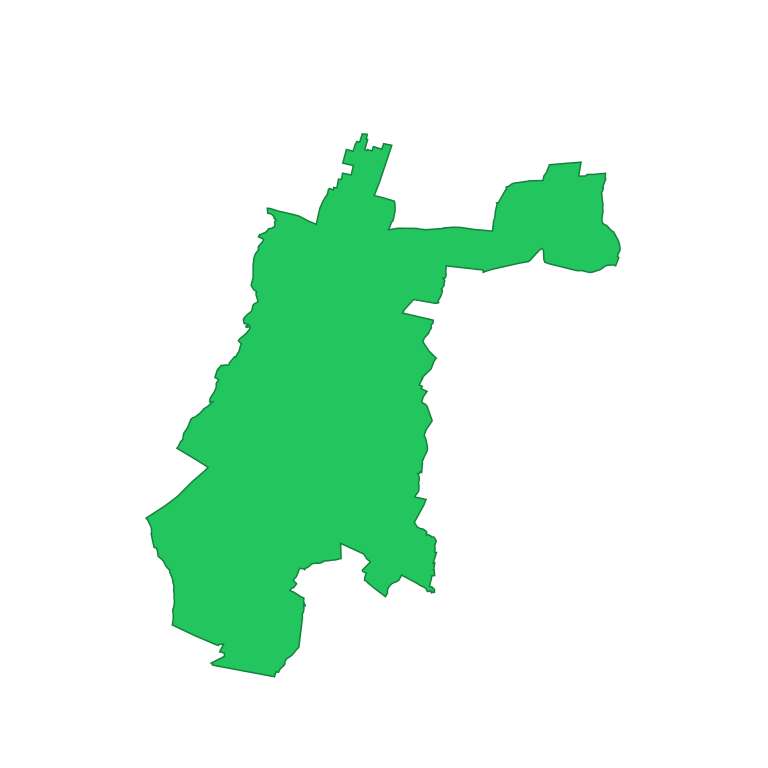 outline of Botosani, Botosani, Romania, rotated 72°
{"feature_id": "2599482B38392608659449", "entity_name": "Botosani", "entity_type": "district", "adm_level": 2, "iso_a3": "ROU", "parent_name": "Romania", "parent_adm1": "Botosani", "projection": "mercator", "projection_center": [26.676, 47.753], "detail": "fine", "context": "isolated", "style": "filled", "palette": "green", "viewbox_px": 768, "rotation_deg": 72, "n_neighbors": 0, "source": "geoboundaries", "source_scale": "gbopen_adm2", "svg_char_len": 6170}
<svg xmlns="http://www.w3.org/2000/svg" viewBox="0 0 768 768"><g transform="rotate(72 384 384)"><path d="M628.6,578.6L624.4,575.8L625.6,573.5L623.1,571.0L620.3,565.3L617.6,564.0L615.4,561.8L613.7,555.9L612.1,552.9L610.4,550.7L608.1,546.4L581.0,533.7L577.9,533.1L575.8,530.9L572.1,529.2L569.1,528.7L570.7,527.5L570.6,527.3L566.4,527.8L562.8,526.3L561.2,528.3L553.9,534.3L551.4,537.3L550.3,536.1L549.7,534.8L549.7,533.0L547.1,528.9L546.6,528.9L543.1,531.0L541.1,529.0L540.9,527.8L540.4,527.2L535.7,523.1L534.7,522.7L533.3,520.4L534.4,519.0L534.9,517.5L536.1,516.7L535.0,515.4L534.5,512.0L533.3,509.4L532.7,507.4L533.6,503.1L533.9,503.0L534.6,500.0L534.4,497.1L533.8,495.9L535.1,490.6L535.3,488.4L536.3,484.7L536.7,478.7L522.2,474.5L539.3,455.9L545.5,454.2L549.0,451.8L554.2,461.9L555.1,462.4L555.7,462.2L558.4,459.3L560.7,461.2L564.5,463.2L566.7,461.3L568.0,460.9L575.7,456.0L586.7,448.3L584.0,445.4L580.4,444.1L577.8,441.2L576.2,438.0L575.9,433.3L575.3,430.6L571.2,426.3L583.9,414.1L586.8,411.8L590.9,407.5L594.6,406.8L595.0,406.3L595.2,405.2L594.9,404.3L595.8,402.9L596.8,403.6L597.4,403.2L597.1,402.3L597.7,400.9L597.4,400.1L596.5,400.2L595.4,399.5L593.6,400.0L593.2,401.0L592.1,400.9L590.3,403.3L582.7,398.4L581.4,398.2L581.3,397.4L581.9,395.0L575.9,393.7L575.8,394.2L569.8,390.9L569.5,391.2L569.6,392.6L560.4,386.1L559.8,387.7L559.0,387.8L557.5,386.7L553.1,385.5L550.0,383.2L548.9,382.8L545.1,383.8L544.7,384.5L544.5,385.6L543.1,386.3L540.6,388.9L540.8,389.8L540.5,390.6L538.2,389.2L536.6,389.6L534.0,391.7L532.6,394.3L530.1,396.6L525.0,397.9L511.1,383.2L506.8,379.7L501.0,389.6L499.7,388.4L497.1,384.7L495.7,383.6L490.6,381.9L488.5,381.6L486.4,380.2L484.1,379.5L481.7,379.2L479.7,379.7L479.8,377.2L478.8,377.0L478.4,376.4L479.6,375.4L472.3,372.5L472.1,372.1L469.9,371.7L468.5,370.7L467.7,369.7L466.9,369.4L461.5,364.1L459.0,362.6L455.4,361.9L448.9,361.2L445.9,361.7L444.6,361.2L440.5,358.0L434.1,349.8L433.5,349.5L418.8,349.9L416.4,350.7L413.7,353.2L413.1,353.5L412.1,353.3L408.4,350.7L404.3,345.3L400.0,350.1L398.0,348.3L395.9,350.7L393.2,348.3L390.5,345.4L389.9,346.0L384.0,334.3L377.8,329.5L375.6,326.3L366.6,331.0L355.8,334.0L353.2,331.9L352.2,330.7L349.7,326.0L346.9,323.8L346.1,322.3L344.7,321.4L342.6,321.2L341.5,319.0L340.3,318.1L338.5,317.5L322.2,344.4L320.8,342.9L320.5,343.1L312.8,329.7L323.3,309.9L323.6,307.6L323.5,306.8L322.7,307.0L321.5,306.5L317.9,302.7L313.6,299.6L312.4,299.8L312.0,300.2L311.3,300.1L311.3,299.5L310.8,298.8L309.6,297.7L309.0,296.5L306.3,295.5L305.3,294.6L303.7,294.3L301.6,295.2L301.5,294.4L302.0,293.3L301.6,292.4L299.1,291.1L296.0,290.4L290.9,288.4L302.6,262.4L303.2,261.5L305.8,255.1L306.3,254.7L308.5,255.2L308.2,252.2L308.5,243.6L310.9,218.1L312.2,208.7L311.4,206.6L305.0,195.4L303.9,191.9L305.8,191.0L315.0,193.5L317.9,193.4L320.7,189.8L335.7,165.7L337.6,160.1L340.3,156.0L341.7,153.2L342.1,150.3L342.0,143.1L341.6,141.2L340.3,137.6L340.1,135.4L341.6,129.0L343.2,127.2L336.3,121.6L334.9,122.5L332.4,121.0L330.3,118.6L327.9,117.5L323.1,116.8L319.4,117.0L310.3,118.6L309.9,119.2L307.2,120.9L302.1,123.2L299.2,126.2L295.4,126.2L287.2,122.3L284.1,121.6L281.0,120.3L273.4,118.9L272.4,118.4L269.2,118.1L267.8,116.3L265.3,114.8L264.5,115.3L257.5,109.7L256.7,110.1L252.1,108.2L249.3,120.4L247.5,125.9L248.5,128.2L246.4,134.6L233.9,128.0L226.6,158.9L232.7,163.8L235.6,167.7L239.6,169.9L235.9,182.4L233.1,199.0L233.2,200.6L233.6,201.2L234.5,204.4L234.4,206.9L236.6,207.5L237.5,209.0L246.9,219.2L246.5,220.9L247.8,220.8L253.8,224.5L259.6,227.0L263.3,229.7L265.8,230.6L267.5,231.7L268.8,231.9L272.1,233.7L267.1,245.1L265.9,248.4L258.7,262.9L256.4,269.3L254.1,278.7L254.0,279.1L254.4,279.4L250.2,296.5L247.4,302.8L246.2,304.6L240.1,322.9L238.7,332.2L235.6,329.2L232.6,327.2L231.8,325.4L231.4,325.4L230.8,324.5L222.8,320.0L217.2,318.2L213.4,317.6L207.5,325.9L201.8,335.0L190.9,326.1L159.4,302.8L155.3,310.1L160.1,313.5L154.9,320.7L158.7,323.3L156.0,327.1L156.8,327.6L155.3,329.9L146.4,324.0L145.6,325.2L141.4,322.7L139.4,327.4L146.5,332.4L145.0,334.9L147.2,336.9L147.1,337.2L153.0,341.4L149.4,347.3L161.2,355.0L166.8,345.6L175.0,350.6L170.7,358.3L176.3,361.2L175.1,364.0L182.9,368.2L181.6,371.2L183.8,372.3L181.2,375.3L181.8,376.7L186.2,379.3L188.7,382.7L191.2,385.4L196.9,390.6L211.2,399.1L205.1,406.1L198.1,412.8L194.9,417.7L187.1,430.7L181.7,438.4L180.8,440.7L185.7,441.8L186.9,439.4L188.2,438.2L191.2,436.8L192.6,437.4L194.7,435.9L195.2,436.2L195.9,437.8L196.4,438.2L198.9,438.4L200.9,440.2L200.8,441.7L201.3,443.0L200.6,445.2L200.7,445.7L201.9,447.3L203.4,450.4L203.3,452.4L203.9,455.7L203.4,456.0L205.2,458.0L209.0,453.9L209.5,454.0L211.1,455.4L212.6,458.2L214.2,460.2L214.1,460.6L214.8,461.2L217.5,461.9L220.7,466.3L224.3,469.0L231.2,472.0L242.1,475.5L249.1,479.9L253.2,479.0L255.0,478.2L256.6,476.6L258.4,477.8L259.7,478.1L266.8,478.3L267.9,483.4L269.0,484.6L272.1,486.2L274.1,487.8L275.5,492.1L277.3,495.4L277.4,496.1L279.4,497.9L283.2,498.3L283.6,498.1L283.6,497.2L285.6,494.6L286.1,497.1L287.0,497.7L287.8,496.9L287.8,493.5L290.4,495.0L293.2,499.2L296.5,507.3L298.0,509.1L301.9,507.2L303.0,508.5L308.1,511.8L310.3,514.6L312.6,516.6L311.9,517.7L316.2,524.6L318.0,525.5L316.6,530.3L316.9,530.4L316.1,532.5L316.1,533.6L316.8,534.0L317.7,536.1L319.0,537.0L318.6,537.6L319.2,538.2L325.5,542.8L328.3,540.3L329.4,540.1L330.7,542.5L332.0,543.6L334.7,544.3L336.0,545.2L339.4,548.2L343.9,553.8L346.9,555.3L347.7,554.8L348.1,552.6L350.8,558.5L351.8,562.8L355.0,568.1L355.5,570.0L356.9,573.5L357.1,576.7L357.9,578.6L364.7,584.2L369.1,589.8L374.7,592.6L375.9,595.2L379.7,598.8L381.1,600.8L398.0,586.1L408.9,577.0L411.5,582.1L418.0,597.4L427.1,615.1L432.2,629.9L438.0,651.7L438.9,651.5L439.7,650.8L448.6,649.7L452.3,650.5L453.8,651.1L454.3,651.7L468.3,653.2L469.4,651.4L472.4,651.0L478.2,652.0L481.9,649.6L484.8,648.4L490.1,647.6L493.6,646.1L494.3,645.3L496.6,645.9L503.9,645.4L507.8,646.1L511.2,646.1L515.3,647.9L520.0,648.7L521.4,649.4L526.4,650.6L530.7,652.6L533.7,654.8L538.6,655.8L542.4,657.1L547.8,659.8L565.0,641.6L580.1,624.3L581.5,622.3L580.7,621.3L581.8,617.0L587.9,623.0L590.5,619.1L593.7,619.8L596.0,634.5L596.6,633.7L597.3,633.7L598.0,634.2L600.2,630.7L628.6,578.6Z" fill="#22c55e" stroke="#15803d" stroke-width="1.5"/></g></svg>